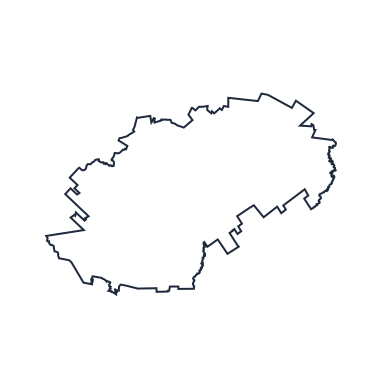 the district of General Terán, Nuevo León, Mexico, rotated 318°
{"feature_id": "50627088B34198183726850", "entity_name": "General Terán", "entity_type": "district", "adm_level": 2, "iso_a3": "MEX", "parent_name": "Mexico", "parent_adm1": "Nuevo León", "projection": "mercator", "projection_center": [-99.219, 25.27], "detail": "fine", "context": "isolated", "style": "outline", "palette": "slate", "viewbox_px": 384, "rotation_deg": 318, "n_neighbors": 0, "source": "geoboundaries", "source_scale": "gbopen_adm2", "svg_char_len": 6050}
<svg xmlns="http://www.w3.org/2000/svg" viewBox="0 0 384 384"><g transform="rotate(318 192 192)"><path d="M189.5,108.4L183.0,107.2L181.5,107.3L175.8,104.6L174.1,103.5L171.9,104.6L174.8,114.5L171.5,116.1L171.1,115.0L169.4,115.1L169.0,114.4L164.7,114.5L163.4,114.2L160.6,111.3L158.1,113.0L156.5,113.5L155.0,113.7L154.7,114.1L154.0,114.1L153.6,114.3L153.5,114.7L154.2,115.4L154.0,117.4L153.7,117.9L152.8,118.8L151.5,120.0L151.3,119.8L151.0,120.1L149.8,119.3L149.7,118.1L149.4,117.7L148.2,117.3L148.0,117.1L148.2,116.5L147.7,114.4L147.8,113.6L147.5,112.9L147.1,112.8L146.5,113.2L146.4,112.4L145.8,112.3L145.8,112.0L145.4,111.8L146.0,110.6L145.3,109.9L144.5,109.5L143.7,108.0L143.9,106.8L143.5,106.3L144.3,105.9L144.6,105.5L144.2,105.2L144.1,104.7L142.1,103.8L141.8,103.6L141.1,103.4L140.7,103.6L139.8,103.8L139.0,103.7L138.1,103.3L135.2,103.5L133.6,101.9L133.1,101.5L132.2,101.6L131.0,102.0L130.0,102.9L128.8,103.6L127.7,103.8L126.6,103.6L125.5,103.0L125.0,102.3L124.7,101.4L124.8,100.8L124.4,98.5L122.2,98.5L110.7,99.5L111.6,110.3L107.1,110.6L107.7,117.4L104.9,116.9L104.2,108.0L96.4,108.7L98.9,140.8L95.0,139.9L95.1,141.3L93.0,141.4L92.0,129.5L89.3,131.5L89.2,130.3L84.7,129.8L86.1,147.9L54.3,127.1L53.9,129.5L53.5,130.0L52.5,130.5L52.1,131.1L51.7,131.2L51.7,132.0L51.9,132.7L52.7,132.9L51.4,135.2L51.4,135.8L51.7,137.2L52.6,137.7L53.0,139.5L52.8,140.1L51.9,141.1L51.1,142.6L50.3,143.6L50.2,144.1L51.6,146.4L51.8,147.6L49.6,150.3L49.2,151.8L48.8,152.2L54.9,160.3L55.4,163.3L50.7,186.8L56.0,193.7L56.8,192.9L56.3,192.3L57.3,191.5L57.9,192.2L59.5,191.1L58.4,189.8L59.2,189.2L59.6,189.8L61.7,188.1L67.5,195.5L67.6,196.8L68.2,197.8L68.6,199.4L68.6,201.5L69.3,201.3L69.9,202.8L70.7,203.7L70.7,204.6L68.3,205.5L68.0,207.0L67.7,207.0L68.1,208.1L66.6,208.4L66.8,209.2L66.1,209.3L66.1,209.5L63.9,209.6L65.1,211.0L65.2,211.8L65.6,211.5L67.1,217.3L67.9,216.4L68.8,216.1L68.4,214.8L69.3,213.4L69.5,213.9L70.0,213.7L70.0,214.0L69.6,214.1L69.8,214.6L69.4,214.8L69.8,215.9L71.1,215.5L71.6,216.3L74.6,213.4L76.8,213.1L77.3,213.4L80.6,217.8L87.1,227.5L101.2,239.7L98.9,242.5L107.3,249.7L107.9,249.2L108.9,250.1L112.3,247.5L118.6,253.1L117.0,254.9L128.7,265.2L129.5,264.4L130.3,263.8L130.2,263.3L130.5,263.1L130.8,262.3L130.8,261.5L131.2,260.9L132.2,260.2L132.9,260.1L133.7,259.5L134.4,259.5L134.8,259.2L134.9,258.8L134.6,257.9L135.1,256.9L136.5,256.4L137.4,256.6L137.7,256.9L139.4,256.3L140.3,256.6L141.3,256.1L141.8,256.8L142.3,256.7L142.6,257.1L143.7,257.1L144.4,256.5L144.3,256.2L144.7,255.4L145.3,255.5L145.6,255.8L146.1,255.9L146.7,255.7L146.6,255.3L147.5,254.4L148.4,254.3L148.5,254.5L148.2,255.0L148.5,255.0L149.8,254.2L149.9,253.8L150.4,253.5L150.6,253.5L150.9,253.7L151.0,253.1L151.5,253.1L151.7,252.3L151.6,252.0L151.3,251.9L151.1,251.4L151.5,251.2L152.1,251.2L152.3,252.0L152.6,252.0L152.8,251.7L153.1,250.3L154.2,249.9L155.7,248.3L155.8,248.6L156.2,248.9L156.4,248.7L156.4,248.3L157.3,248.0L157.9,247.9L158.5,248.1L158.9,247.8L159.1,248.0L159.4,247.7L158.9,247.3L159.3,246.9L159.0,246.9L159.2,246.7L158.9,246.5L159.0,246.4L159.7,246.6L159.9,246.4L160.2,246.5L160.6,246.1L160.5,243.9L161.6,243.4L161.5,242.8L162.5,242.3L162.9,241.4L163.6,241.5L163.7,241.4L163.5,241.1L163.8,240.9L164.7,240.5L164.8,240.7L164.5,241.0L164.5,241.3L165.3,241.4L165.7,241.1L166.0,240.5L165.5,239.0L166.0,238.8L166.4,239.2L166.7,239.1L166.4,237.6L166.6,237.4L167.6,237.4L166.8,243.0L179.4,244.5L177.0,261.7L190.1,263.9L190.2,263.1L190.0,262.8L192.5,247.6L196.4,248.1L196.5,247.6L198.7,247.9L197.7,253.6L202.3,254.1L203.4,248.4L207.9,249.0L209.4,240.2L224.3,242.3L229.1,243.3L228.3,258.7L245.5,259.9L244.2,267.5L250.0,267.9L250.8,263.1L277.6,265.4L276.0,272.4L271.0,272.0L269.0,284.5L273.1,285.2L273.2,284.8L276.1,285.5L276.5,284.4L277.3,284.9L279.3,285.5L280.1,284.9L280.1,284.3L279.9,283.8L280.1,283.4L281.0,282.9L282.0,283.1L283.0,282.8L283.7,282.9L284.5,281.3L284.1,280.1L284.2,279.8L284.4,279.5L285.4,279.1L286.1,279.2L287.0,279.8L288.6,279.7L289.8,280.6L290.3,280.6L290.9,280.1L292.0,280.5L292.7,281.5L293.8,281.6L294.3,281.1L294.1,280.3L294.5,280.3L294.8,280.8L295.2,281.0L296.5,279.3L296.9,279.4L297.4,280.0L298.0,279.3L299.2,278.8L299.9,278.8L300.8,279.3L301.7,279.2L302.3,278.1L303.0,278.1L303.7,277.8L304.3,277.9L304.7,277.7L305.1,276.9L306.1,276.9L306.6,275.7L307.4,276.4L307.5,276.4L308.2,275.6L308.2,274.8L307.6,274.5L306.2,274.4L306.1,273.9L306.4,273.2L307.4,272.1L308.0,271.9L308.5,272.2L308.7,271.8L308.4,270.9L307.5,270.8L307.4,270.4L307.6,270.2L310.3,270.3L310.6,270.5L310.3,271.0L310.6,271.3L311.0,271.2L311.5,270.7L312.0,270.7L312.3,270.9L312.7,272.0L313.2,272.1L313.4,271.7L313.3,271.1L313.5,270.5L314.3,270.0L314.5,269.6L314.4,268.9L313.9,268.5L313.9,268.2L314.8,267.6L315.6,267.4L315.8,266.3L315.5,265.3L314.5,265.0L314.4,264.6L315.2,264.1L316.5,264.1L316.9,263.7L317.1,263.0L317.1,262.6L316.7,262.4L315.0,262.0L314.7,261.6L314.6,261.1L314.8,260.7L315.5,260.5L317.1,260.6L317.6,260.3L317.7,259.5L316.7,258.5L316.6,258.1L316.7,257.9L317.1,258.1L317.6,257.9L318.6,257.1L319.1,255.8L318.8,255.5L318.3,255.6L318.5,254.9L319.1,254.5L321.3,254.2L321.6,253.9L321.4,253.2L321.6,252.8L323.4,251.7L323.7,251.4L323.7,250.7L324.0,250.4L324.7,250.7L324.7,251.7L325.9,253.2L326.5,252.4L326.8,252.4L326.9,252.7L327.3,252.8L327.8,252.5L327.9,252.1L328.2,252.2L328.7,253.4L330.1,253.2L331.6,252.1L332.0,251.3L331.7,251.1L331.7,247.1L331.0,247.2L317.8,231.8L325.2,228.5L324.3,227.7L326.9,223.5L326.3,221.6L324.6,223.0L316.7,215.0L335.2,214.8L330.3,193.7L322.5,196.3L313.4,170.5L309.5,165.4L301.8,168.5L282.0,146.3L275.9,153.0L273.2,149.4L269.1,151.0L268.6,148.4L268.4,148.5L261.1,148.4L260.8,145.4L259.0,146.4L258.3,142.1L258.3,141.0L261.2,138.5L257.6,136.3L254.1,133.3L249.2,133.7L248.4,129.4L248.2,129.3L241.1,132.2L240.5,138.9L229.0,138.6L225.6,132.5L225.0,129.7L223.2,127.0L224.3,124.0L221.1,121.0L220.7,120.2L219.6,119.5L218.0,117.9L217.7,118.4L216.8,117.8L216.5,118.1L210.6,115.3L212.6,113.1L213.5,112.6L213.0,111.5L209.8,112.8L208.3,113.2L211.9,107.5L201.3,100.6L201.0,99.8L192.9,105.1L189.7,106.4L189.5,108.4Z" fill="none" stroke="#1e293b" stroke-width="2"/></g></svg>